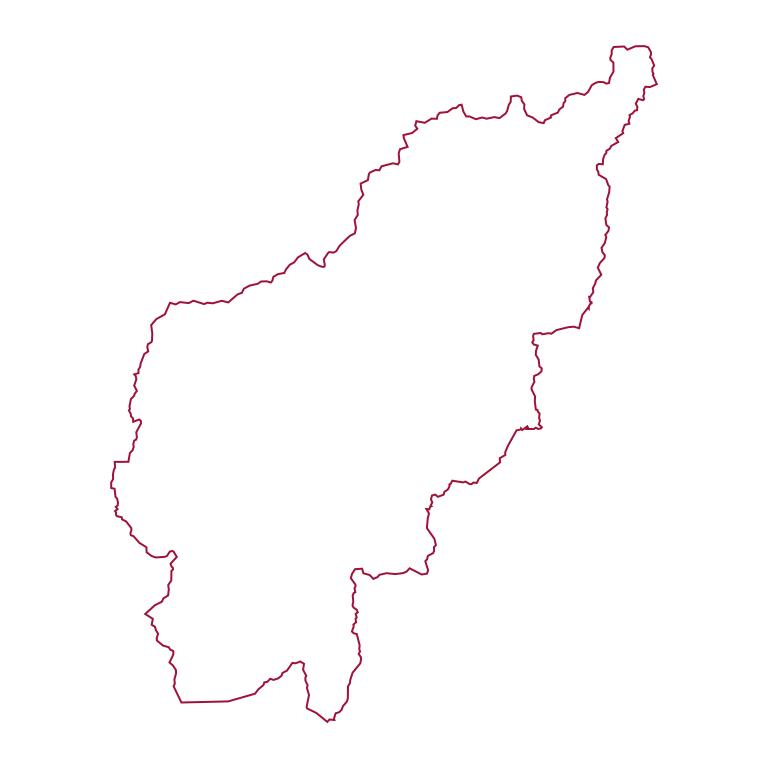 outline of Queenstown-Lakes District, Otago, New Zealand
{"feature_id": "76426892B58919482239418", "entity_name": "Queenstown-Lakes District", "entity_type": "district", "adm_level": 2, "iso_a3": "NZL", "parent_name": "New Zealand", "parent_adm1": "Otago", "projection": "mercator", "projection_center": [168.951, -44.661], "detail": "fine", "context": "isolated", "style": "outline", "palette": "rose", "viewbox_px": 768, "rotation_deg": 0, "n_neighbors": 0, "source": "geoboundaries", "source_scale": "gbopen_adm2", "svg_char_len": 6083}
<svg xmlns="http://www.w3.org/2000/svg" viewBox="0 0 768 768"><path d="M188.8,303.1L179.9,302.1L175.8,304.4L170.0,302.8L164.9,314.3L156.3,319.1L151.2,325.1L152.3,333.6L152.0,340.8L151.3,342.2L147.9,344.2L147.3,347.2L148.2,351.4L144.3,354.0L140.7,363.3L140.1,366.9L138.4,369.7L138.5,373.1L134.3,374.4L135.6,375.8L136.4,379.1L134.2,385.6L136.9,390.9L134.5,394.0L134.3,395.6L130.9,399.1L129.5,406.2L129.9,409.1L128.9,410.4L130.8,414.0L131.0,416.3L133.0,418.4L133.2,421.8L139.2,419.5L140.9,420.9L140.9,423.6L136.3,432.2L136.9,437.6L136.1,439.6L134.2,440.6L133.3,444.2L133.7,447.1L132.5,450.3L129.9,453.0L128.4,461.8L114.7,461.9L115.1,467.6L113.9,469.7L113.0,474.2L113.1,479.2L111.2,482.3L111.2,488.0L114.6,488.8L115.5,496.8L117.1,498.6L118.0,502.7L117.7,505.4L115.8,506.9L117.6,509.1L115.0,511.1L116.1,512.5L115.9,514.5L116.9,516.2L121.7,517.2L122.1,519.4L126.2,521.5L131.3,528.1L131.4,530.5L130.4,533.1L130.8,535.2L133.6,536.2L139.4,542.9L146.4,547.2L146.6,552.2L151.6,556.0L155.9,557.5L165.0,556.8L167.1,555.8L169.8,551.6L172.1,551.0L173.6,551.6L176.8,556.9L170.5,563.8L171.6,566.7L172.8,567.6L173.0,569.5L171.4,571.0L171.3,580.4L168.2,585.1L168.8,589.3L168.1,595.5L163.4,598.4L161.9,601.7L154.9,605.2L145.2,614.0L152.8,618.8L151.7,624.8L154.9,626.7L156.0,630.3L158.1,633.7L156.7,638.0L157.0,640.6L163.0,645.6L168.7,647.2L170.3,649.7L173.3,651.0L173.4,654.3L169.5,662.5L172.9,665.4L175.9,670.0L176.1,673.1L174.4,679.5L174.8,683.7L173.6,686.3L181.4,702.5L228.2,701.4L255.0,693.7L258.4,689.3L263.4,685.1L264.3,682.4L267.4,681.8L270.2,678.8L273.5,679.9L278.2,678.4L281.6,675.6L282.5,672.9L286.9,670.7L292.4,662.9L295.6,663.3L300.2,661.5L304.0,663.8L303.1,669.8L306.3,675.9L305.4,677.5L305.4,680.5L307.6,685.3L306.9,687.8L309.0,695.1L306.6,706.9L307.0,708.4L316.4,713.0L327.3,721.9L329.5,719.5L334.4,720.0L334.0,718.6L335.6,713.3L339.0,712.3L341.5,710.0L343.0,706.1L346.8,701.7L347.8,698.9L348.0,686.4L350.0,683.0L350.2,680.1L352.6,672.7L360.3,663.3L361.0,659.4L361.1,657.5L358.7,654.0L360.1,651.3L359.3,649.7L359.6,645.1L356.8,634.1L353.7,633.2L351.9,631.5L353.7,626.5L353.4,624.6L356.0,622.3L355.6,618.7L356.7,617.6L355.7,613.9L357.8,612.3L356.6,609.7L353.5,607.5L352.5,605.4L353.3,601.6L352.7,595.7L353.6,593.2L355.3,592.2L354.5,588.2L355.6,586.1L355.4,584.5L350.8,578.1L352.1,573.8L355.0,569.2L362.1,568.7L363.4,573.3L369.7,575.0L373.4,578.9L377.5,577.1L379.5,574.8L386.5,573.2L395.3,574.1L403.0,573.1L406.6,571.6L409.6,568.3L421.7,574.5L427.0,573.6L428.1,570.3L425.3,561.2L427.0,559.4L427.9,555.9L433.1,553.1L434.1,551.1L434.0,547.2L435.9,545.1L434.4,538.8L426.9,528.1L427.8,518.0L429.0,513.5L426.4,509.0L429.3,509.3L430.3,506.5L431.5,506.2L430.9,505.2L432.3,502.5L431.0,499.3L432.0,495.5L435.2,494.6L437.9,496.8L443.6,494.7L444.5,491.7L447.9,489.5L449.5,486.2L449.4,484.4L450.5,484.0L452.3,480.7L463.0,482.4L465.5,481.6L469.6,484.1L471.6,484.1L473.4,482.5L476.7,483.0L479.0,478.5L500.1,462.3L499.7,458.2L505.3,455.0L505.2,452.3L507.9,445.9L516.5,430.4L520.8,429.5L521.0,428.5L522.3,430.0L527.3,426.3L528.1,427.8L527.0,429.0L533.8,429.0L535.8,427.7L538.3,429.0L541.3,428.2L541.8,427.2L538.8,424.4L540.0,420.4L539.1,418.1L539.6,413.5L537.8,411.6L537.4,409.8L535.8,409.5L534.8,401.1L535.1,396.5L531.5,389.2L531.7,387.1L534.4,381.8L533.8,378.7L534.3,375.9L538.3,374.2L541.5,371.3L541.7,368.3L539.4,366.4L538.7,359.6L535.8,354.9L536.0,350.8L537.8,345.6L533.8,344.5L532.3,342.5L533.6,340.1L533.1,336.0L533.8,333.9L534.9,333.7L540.8,333.0L542.2,334.3L548.4,333.2L551.4,333.7L556.4,330.1L568.2,327.2L573.8,326.7L579.1,328.2L582.3,315.0L588.0,307.7L588.8,308.7L589.0,306.0L590.5,303.6L591.5,303.4L591.6,302.3L590.0,301.5L589.2,297.0L589.9,297.2L593.3,292.2L592.8,288.2L595.2,283.7L595.9,280.5L601.3,274.8L597.8,267.7L599.9,263.0L604.5,257.9L604.8,255.3L602.4,252.1L601.5,247.8L604.8,243.1L606.3,237.0L605.3,235.0L608.5,230.8L609.0,227.4L606.4,225.0L605.4,218.4L607.0,215.0L606.8,211.9L607.6,209.3L606.4,207.4L607.6,201.7L607.0,199.3L609.2,192.3L609.6,186.5L608.3,185.2L606.1,179.1L598.7,174.8L598.2,171.5L596.9,169.5L596.8,165.4L598.8,163.9L602.8,164.3L603.2,158.7L604.7,154.6L606.3,153.1L606.3,150.9L609.8,148.7L611.4,145.8L618.2,142.0L615.8,138.1L623.2,133.2L622.4,131.2L624.7,124.9L629.4,123.7L628.6,120.9L630.0,116.9L629.5,115.1L632.7,113.3L634.7,110.7L637.0,110.2L637.4,107.0L635.8,103.6L638.3,98.9L643.0,100.2L644.1,99.2L643.3,96.0L644.4,92.7L643.8,89.7L645.4,86.7L649.9,87.1L656.8,84.2L652.8,74.9L653.5,73.7L652.5,71.9L652.3,68.4L654.2,65.5L651.5,59.0L649.9,57.2L651.0,54.7L650.9,52.0L648.2,47.3L644.4,46.1L635.3,46.3L627.4,49.7L624.1,46.5L613.7,47.0L611.7,50.3L611.7,54.1L610.3,57.6L610.4,59.8L613.4,62.6L613.5,71.6L610.0,77.5L609.0,83.0L606.5,83.6L603.3,82.1L599.4,81.9L596.1,82.6L591.8,85.2L587.9,92.2L584.4,94.9L577.5,93.0L569.4,94.9L565.3,98.1L565.2,101.3L563.6,103.1L563.0,106.7L559.4,109.4L557.8,112.6L551.3,115.2L550.6,116.4L550.9,117.6L544.9,120.2L543.7,123.1L538.8,122.2L532.6,117.5L527.1,115.3L524.1,108.9L524.4,104.4L521.8,100.7L521.2,97.2L517.1,95.6L510.9,96.5L510.7,101.8L508.8,104.8L507.0,111.3L505.6,113.5L499.5,118.1L494.3,117.1L486.6,118.7L482.1,117.5L475.9,119.2L469.4,116.4L466.3,116.5L463.4,111.6L461.6,104.7L459.2,105.1L456.2,108.0L452.5,108.3L447.5,112.0L439.6,112.8L437.5,115.6L436.9,118.8L431.6,118.6L424.8,122.8L416.4,121.2L415.2,125.6L417.3,128.8L412.1,133.0L403.4,135.1L403.9,138.3L407.6,146.9L400.0,149.2L398.7,153.3L399.4,161.9L398.0,164.4L393.0,163.3L381.5,166.3L379.4,170.3L375.5,170.0L370.0,172.5L368.9,174.0L367.9,180.1L360.6,183.6L361.3,189.5L363.3,194.8L358.3,201.3L358.8,204.3L357.4,210.4L357.8,214.9L354.6,220.1L356.0,228.2L354.8,233.4L349.8,235.9L345.9,239.6L339.5,245.9L336.3,251.1L333.6,252.6L329.1,252.1L327.9,253.2L323.8,259.4L324.8,264.9L324.4,266.7L322.3,266.9L317.8,265.2L309.4,259.0L307.5,254.7L305.2,253.0L297.9,257.4L294.3,262.3L289.8,264.7L286.0,269.4L284.3,273.0L278.0,274.1L273.4,276.8L272.3,280.8L270.9,282.5L266.6,281.3L261.1,281.5L257.8,283.8L249.6,285.6L243.9,288.7L241.9,292.8L237.4,294.5L228.3,302.4L221.7,300.8L212.8,303.3L207.2,302.7L204.2,304.1L193.4,300.7L188.8,303.1Z" fill="none" stroke="#9f1239" stroke-width="2"/></svg>